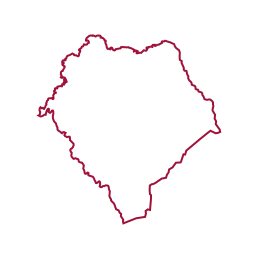 outline of Ramón Trigo, Cerro Largo, Uruguay, rotated 14°
{"feature_id": "84410073B37357941018969", "entity_name": "Ramón Trigo", "entity_type": "district", "adm_level": 2, "iso_a3": "URY", "parent_name": "Uruguay", "parent_adm1": "Cerro Largo", "projection": "orthographic", "projection_center": [-54.703, -32.291], "detail": "fine", "context": "isolated", "style": "outline", "palette": "rose", "viewbox_px": 256, "rotation_deg": 14, "n_neighbors": 0, "source": "geoboundaries", "source_scale": "gbopen_adm2", "svg_char_len": 5573}
<svg xmlns="http://www.w3.org/2000/svg" viewBox="0 0 256 256"><g transform="rotate(14 128 128)"><path d="M146.6,221.6L157.8,213.6L166.1,210.1L166.1,206.4L165.5,205.3L165.2,204.2L166.9,202.2L169.2,202.2L167.5,191.5L166.6,187.6L165.3,186.8L164.1,183.4L163.1,178.5L164.8,176.7L165.8,176.4L167.7,174.9L173.0,168.9L176.9,167.1L177.1,164.0L178.1,161.3L177.9,158.3L180.8,155.4L182.9,150.1L187.3,148.7L187.6,147.9L188.2,140.1L189.9,139.9L190.0,135.9L200.5,121.4L207.0,112.8L208.7,110.7L214.3,111.9L216.2,111.1L218.4,109.5L217.3,107.3L212.2,103.0L211.9,100.2L209.8,98.0L209.3,94.1L205.9,90.7L205.5,89.1L205.6,86.2L204.8,84.7L204.3,82.6L203.1,81.5L200.9,80.5L199.6,80.7L197.8,81.6L195.3,81.5L193.5,79.0L192.2,78.0L191.6,76.4L190.7,75.7L188.1,75.6L187.5,75.4L187.3,74.8L186.6,73.9L185.1,74.0L184.2,73.8L183.3,71.5L182.6,71.0L179.4,70.6L178.8,69.0L177.9,68.0L176.0,67.1L174.3,65.1L174.0,63.1L172.8,62.1L171.7,60.2L171.0,58.6L170.3,58.5L169.0,58.7L168.0,57.8L167.4,55.8L164.3,52.0L163.9,50.0L162.1,49.5L161.6,48.9L160.7,45.7L160.0,42.2L158.7,40.2L155.6,38.9L153.8,37.5L152.5,35.5L148.4,34.7L142.8,34.4L142.0,35.3L140.4,35.6L140.0,35.9L139.9,36.4L140.4,37.2L138.4,39.0L138.0,39.5L136.1,40.3L135.4,41.0L135.3,41.3L134.8,41.7L134.3,41.8L134.1,41.6L134.4,40.9L134.1,40.7L133.9,40.7L133.2,41.3L132.2,41.2L131.6,42.1L131.7,42.5L132.0,42.7L132.2,43.3L132.1,43.5L130.8,43.4L128.5,44.4L128.4,45.1L126.9,45.1L126.6,45.4L126.6,46.0L127.0,46.1L127.6,47.2L126.9,48.6L126.5,48.8L125.4,48.7L124.3,48.9L123.7,50.2L122.6,51.9L121.3,52.0L120.2,52.7L118.4,53.4L118.2,53.3L118.1,52.8L118.2,52.6L118.8,52.5L119.2,52.0L118.9,51.2L118.7,51.0L118.0,51.5L117.3,51.3L117.1,50.9L116.7,50.9L116.0,51.8L115.2,52.3L115.1,52.0L115.3,51.6L115.3,50.8L115.1,50.6L111.5,49.8L109.8,49.9L109.2,49.5L108.9,49.5L106.9,50.2L105.9,50.2L104.0,50.7L102.9,50.7L101.6,51.3L101.5,51.7L101.6,52.3L101.4,52.6L99.8,53.2L96.9,54.6L96.8,55.5L95.8,56.1L94.6,55.8L93.2,54.1L92.6,53.9L91.6,54.5L91.6,54.8L92.0,55.1L92.1,55.6L92.0,55.9L91.3,56.0L89.7,55.8L89.1,56.2L88.9,56.1L87.6,54.4L87.0,52.8L85.9,51.6L85.4,50.7L85.3,49.8L85.5,49.3L85.4,48.9L84.9,48.6L84.4,48.9L83.9,48.5L83.5,47.7L82.1,46.9L80.9,46.7L80.4,46.4L80.1,46.5L80.0,46.9L79.6,46.9L79.3,46.4L79.1,45.5L78.9,45.3L78.6,45.2L77.3,45.3L76.1,45.7L75.5,45.9L74.6,46.9L74.3,47.1L72.5,46.6L71.6,47.0L71.4,46.7L71.1,46.7L70.3,47.2L69.3,47.3L68.2,47.9L66.3,50.4L65.9,51.6L66.0,53.1L66.1,53.4L66.5,53.4L66.9,52.8L68.4,53.0L69.0,53.7L69.4,54.7L68.4,55.5L68.0,56.8L67.4,57.2L65.9,57.7L65.5,57.4L65.0,57.5L64.8,58.6L64.8,59.2L64.7,59.5L64.5,59.8L63.5,60.3L63.3,61.8L61.6,63.6L61.5,64.1L61.7,64.5L62.2,64.7L62.4,64.2L62.7,64.3L62.9,64.4L63.0,65.0L63.0,65.6L62.6,67.4L62.8,69.8L62.1,70.5L61.7,70.5L60.2,70.0L58.4,70.4L58.1,70.3L58.0,69.8L57.5,69.5L56.0,69.2L53.9,71.3L52.1,72.4L51.6,73.0L51.3,73.5L51.4,74.6L51.2,75.4L51.0,75.8L50.5,75.9L50.3,76.4L50.4,76.9L50.9,77.0L50.9,77.3L50.1,77.9L49.2,77.8L48.5,78.2L48.3,78.6L48.1,79.8L48.4,80.5L49.3,80.1L49.8,80.3L49.9,80.5L49.9,81.2L49.6,81.7L49.1,81.8L48.9,82.1L49.0,82.5L50.5,83.3L51.4,83.3L51.6,83.5L51.8,84.3L51.8,84.9L51.4,85.6L51.2,86.4L50.8,88.5L50.1,88.8L49.7,89.3L49.5,89.9L49.5,90.6L50.0,92.6L50.9,93.0L51.1,93.4L51.1,94.4L50.7,94.7L50.6,95.1L51.7,95.4L52.0,94.7L53.0,94.4L54.4,94.5L54.8,94.7L55.0,94.9L55.1,95.3L54.3,95.6L54.2,96.1L54.2,96.5L54.5,97.2L55.0,97.2L55.1,96.9L55.1,96.5L55.4,96.0L56.0,96.0L56.2,96.4L56.0,97.0L56.2,97.3L56.4,97.5L57.2,97.6L57.3,98.2L57.1,98.4L56.5,98.5L55.8,98.0L54.9,98.5L54.7,99.4L55.6,99.5L55.9,99.6L55.9,99.9L55.3,101.5L55.0,101.5L54.6,101.0L54.4,101.0L53.6,101.4L53.5,102.2L53.8,103.3L53.7,103.6L52.6,103.5L49.9,104.8L49.5,105.0L49.4,105.4L49.6,106.0L49.8,106.2L49.8,106.5L49.6,106.8L48.1,106.9L47.6,107.3L47.6,107.8L48.0,108.6L48.0,109.0L47.3,109.9L47.4,110.4L48.4,111.0L49.3,110.9L49.5,111.2L49.4,111.6L48.4,111.7L48.0,112.2L47.9,112.4L48.0,113.3L47.5,114.3L48.6,117.3L48.5,117.7L48.2,118.1L47.8,118.1L47.6,117.9L47.6,117.3L47.2,117.2L46.3,117.7L44.0,118.4L43.5,118.9L43.6,120.3L42.8,121.4L42.9,122.7L42.6,123.6L42.6,124.0L43.1,124.5L43.2,124.9L43.0,125.6L42.8,125.8L42.6,126.2L42.6,127.7L42.4,128.4L42.0,128.9L42.0,129.6L41.9,129.8L41.4,129.8L40.5,129.1L39.5,129.7L38.2,129.0L37.7,129.7L37.6,130.6L37.9,132.3L38.3,133.0L38.6,133.2L39.0,133.8L38.9,134.6L39.2,135.8L38.7,137.1L38.2,137.5L40.2,138.0L41.9,137.2L43.9,135.2L44.9,135.1L44.9,131.9L45.3,129.4L46.0,128.6L46.6,128.6L47.0,129.8L47.0,131.5L48.0,132.1L49.0,132.0L50.1,129.5L50.8,129.2L51.4,129.8L52.1,132.1L52.2,134.7L52.8,136.7L54.5,139.3L57.0,141.0L58.2,143.2L59.4,144.6L60.0,146.6L60.9,147.3L63.2,148.1L64.8,148.9L65.5,149.0L66.0,147.8L66.8,147.5L68.6,147.8L68.0,150.3L68.8,151.0L71.2,151.6L72.7,150.7L73.5,150.6L74.0,151.4L74.7,153.8L78.9,156.4L79.4,157.7L79.2,159.7L78.6,161.1L77.5,162.4L77.3,163.5L78.3,164.9L79.4,165.7L79.6,168.3L80.3,169.5L82.0,170.8L82.9,171.1L84.3,170.0L85.7,170.3L87.1,170.3L87.7,170.9L88.2,172.2L89.0,172.8L91.1,172.9L91.8,172.8L94.2,175.0L94.4,178.2L95.7,179.7L97.1,182.5L97.6,182.7L98.5,182.5L99.2,181.4L99.6,181.0L100.0,181.0L100.6,181.3L100.8,183.1L101.1,183.5L105.6,183.8L106.4,184.3L107.5,185.6L108.4,187.0L109.4,187.9L110.1,189.1L110.8,189.1L111.9,188.2L112.3,187.3L112.9,186.7L113.6,186.9L114.1,187.6L114.6,189.3L114.6,191.4L115.5,192.0L116.9,191.7L117.3,190.9L117.8,190.4L119.0,190.1L120.2,189.1L121.5,188.8L122.8,188.9L123.5,189.8L124.1,191.5L124.8,192.6L125.7,193.9L126.4,198.5L127.5,200.1L128.7,201.2L129.1,202.4L130.5,203.4L132.3,204.4L133.5,205.7L136.1,209.7L138.8,210.2L140.5,212.3L142.1,213.0L142.4,215.3L145.6,218.2L145.7,219.8L146.6,221.6Z" fill="none" stroke="#9f1239" stroke-width="2"/></g></svg>